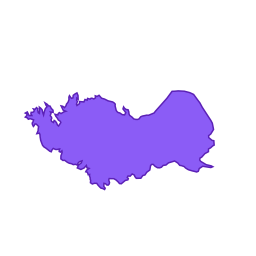 Maquiné, Rio Grande do Sul, Brazil (Natural Earth projection), rotated 307°
{"feature_id": "56859067B70278380109864", "entity_name": "Maquiné", "entity_type": "district", "adm_level": 2, "iso_a3": "BRA", "parent_name": "Brazil", "parent_adm1": "Rio Grande do Sul", "projection": "natural_earth1", "projection_center": [-50.244, -29.624], "detail": "fine", "context": "isolated", "style": "filled", "palette": "violet", "viewbox_px": 256, "rotation_deg": 307, "n_neighbors": 0, "source": "geoboundaries", "source_scale": "gbopen_adm2", "svg_char_len": 3481}
<svg xmlns="http://www.w3.org/2000/svg" viewBox="0 0 256 256"><g transform="rotate(307 128 128)"><path d="M183.8,141.1L175.1,141.2L157.9,139.8L155.7,139.8L150.6,136.8L149.5,135.2L148.1,134.0L146.2,132.3L144.6,131.4L141.7,131.3L140.4,130.3L139.3,128.6L138.7,127.0L139.1,125.1L139.1,121.7L139.8,120.4L141.5,118.8L142.6,117.1L141.6,115.1L141.7,113.2L142.2,111.8L140.2,112.5L138.9,117.0L136.4,117.4L135.2,115.3L135.1,112.4L134.4,110.8L134.5,109.2L135.1,107.8L137.9,104.4L139.4,103.4L139.7,101.8L139.6,100.1L138.3,97.1L137.7,95.7L137.0,91.9L135.9,88.9L136.7,85.2L134.6,84.3L134.0,82.5L132.5,83.9L130.6,83.2L130.3,81.7L129.6,80.6L128.2,80.3L127.3,77.9L125.6,78.6L124.9,76.5L122.3,77.1L120.0,73.4L118.3,74.6L115.3,73.7L116.0,72.5L118.8,71.6L119.2,70.3L121.0,69.2L120.9,70.9L123.9,68.5L125.3,66.1L123.3,65.2L121.1,64.6L118.9,65.9L117.6,64.9L118.6,61.8L117.1,62.2L115.1,63.8L112.4,64.6L110.0,64.5L108.6,65.1L106.0,65.0L106.1,62.9L105.4,61.3L103.2,65.5L103.9,68.2L102.7,67.3L99.2,65.8L99.0,63.9L97.6,63.6L96.2,64.1L95.0,61.4L93.9,63.4L93.5,65.1L92.5,67.6L92.6,70.0L91.9,71.1L87.8,71.3L87.9,69.9L89.0,68.1L89.7,66.1L89.6,64.5L87.5,65.1L87.3,62.9L88.5,61.4L89.6,61.4L90.6,60.5L91.0,58.5L93.6,57.6L94.1,56.4L95.4,58.8L97.1,57.4L97.5,54.9L98.6,52.5L97.9,51.3L98.3,49.3L98.1,46.7L96.8,48.9L96.2,50.6L93.9,50.3L90.8,51.3L87.6,52.7L89.4,50.1L90.8,48.6L91.3,46.3L91.3,44.7L89.6,46.3L86.3,48.5L86.2,47.1L88.0,45.1L89.1,44.4L89.2,42.6L87.1,42.6L86.3,41.0L85.8,42.4L84.4,43.0L83.3,42.5L82.2,41.2L80.8,42.0L80.1,43.7L78.4,41.6L80.2,37.9L78.1,37.0L78.4,38.8L77.2,39.7L74.9,39.4L75.5,41.7L75.0,43.1L76.6,44.3L77.7,47.7L75.5,48.5L74.3,48.5L73.3,49.5L72.3,51.5L73.5,51.6L75.3,51.3L75.9,52.5L75.4,55.7L73.1,56.9L71.8,57.8L68.6,58.6L70.5,60.3L69.8,61.6L67.9,63.3L65.5,65.8L62.8,70.1L62.3,72.1L62.5,74.7L62.4,79.6L62.8,81.0L64.8,80.5L66.7,80.6L67.2,82.9L68.0,84.1L70.1,86.0L68.9,86.4L67.8,87.2L68.1,88.6L69.9,89.0L68.9,90.0L67.4,90.6L65.4,91.2L62.9,93.0L62.9,95.5L64.1,96.9L64.1,100.1L64.5,102.3L65.5,104.4L65.8,106.3L67.4,107.9L67.8,109.6L70.6,109.2L72.1,109.7L74.0,111.0L72.0,111.7L69.0,110.8L65.6,111.5L66.0,113.3L66.5,115.3L69.6,117.0L73.0,117.3L71.5,119.2L72.3,121.2L69.3,120.3L67.6,120.6L68.2,122.2L66.7,124.4L67.8,125.3L66.4,126.2L65.4,127.9L64.4,128.5L63.7,129.7L61.7,130.9L61.8,133.2L63.6,134.4L65.0,136.4L64.4,138.1L63.9,140.7L63.7,142.7L64.4,144.1L64.8,146.3L66.2,146.0L66.8,143.8L69.3,142.1L70.0,143.6L69.7,145.3L70.4,146.5L71.9,146.7L73.3,146.1L74.9,143.9L76.3,143.4L77.3,144.9L79.0,147.2L79.3,149.7L79.0,152.6L78.5,154.6L79.4,156.2L84.5,157.4L86.5,159.1L87.8,158.7L88.1,157.1L89.7,156.9L90.8,158.7L93.8,159.0L94.2,161.4L93.3,162.8L92.8,164.9L95.6,168.5L98.9,168.4L100.7,169.8L103.9,169.6L107.6,170.7L111.7,168.6L113.3,168.9L114.1,170.1L113.7,172.6L114.0,175.4L115.3,177.3L116.8,178.3L119.3,178.6L121.3,180.6L124.5,181.3L129.7,185.1L130.0,188.8L129.3,191.8L130.1,193.3L131.0,196.1L130.7,198.0L130.9,200.5L131.2,201.9L132.5,205.3L133.1,206.6L134.2,209.3L135.7,210.2L137.0,209.8L138.5,209.3L142.4,210.7L146.3,218.0L148.1,219.0L147.8,217.1L145.8,212.6L145.4,209.0L145.1,206.1L145.6,204.5L147.3,203.6L149.0,204.4L153.8,204.8L157.5,206.5L158.7,205.6L159.8,204.9L161.8,205.9L164.6,206.4L166.2,207.1L169.5,204.2L168.7,202.5L168.9,198.3L170.4,197.0L172.9,197.7L178.3,197.2L181.2,194.0L182.6,192.4L183.9,189.6L184.9,186.8L189.2,174.9L191.3,170.3L192.3,166.8L194.3,160.2L194.0,158.7L193.4,156.0L191.3,150.9L187.8,145.7L185.6,143.3L183.8,141.1Z" fill="#8b5cf6" stroke="#5b21b6" stroke-width="1.5"/></g></svg>